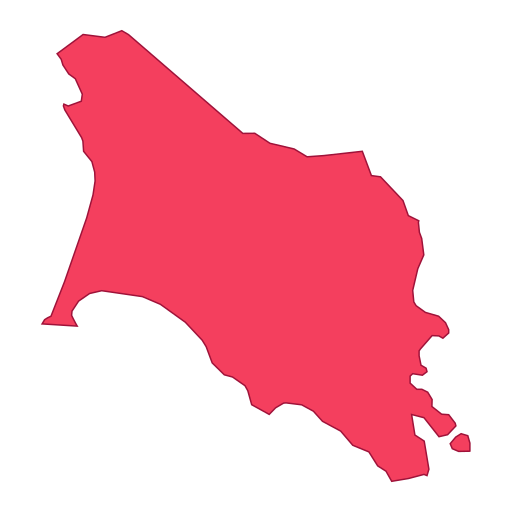 Marin, California, United States of America (Mercator projection)
{"feature_id": "52423323B48598289352775", "entity_name": "Marin", "entity_type": "district", "adm_level": 2, "iso_a3": "USA", "parent_name": "United States of America", "parent_adm1": "California", "projection": "mercator", "projection_center": [-122.671, 38.07], "detail": "fine", "context": "isolated", "style": "filled", "palette": "rose", "viewbox_px": 512, "rotation_deg": 0, "n_neighbors": 0, "source": "geoboundaries", "source_scale": "gbopen_adm2", "svg_char_len": 1625}
<svg xmlns="http://www.w3.org/2000/svg" viewBox="0 0 512 512"><path d="M57.1,53.7L61.2,59.3L62.9,65.0L68.8,74.0L75.3,78.7L82.3,94.2L81.3,101.2L68.2,106.0L63.9,104.1L63.4,105.9L64.8,109.9L81.6,137.6L82.9,141.1L83.6,151.3L91.9,161.6L94.7,172.1L95.1,181.0L93.0,195.0L86.7,217.9L64.5,281.8L51.0,316.2L47.6,317.8L44.6,319.7L42.1,323.9L77.2,326.1L75.5,323.1L73.1,318.5L71.6,315.4L72.0,311.1L78.6,301.1L89.6,293.5L101.7,290.7L142.4,296.6L160.4,304.3L185.3,322.2L202.2,340.2L206.2,346.7L212.2,362.9L224.3,374.8L232.5,377.0L245.0,385.7L247.8,390.7L251.7,404.7L269.2,414.4L275.6,407.8L283.6,403.1L286.2,402.9L301.7,404.8L313.4,411.2L322.5,421.3L340.7,431.1L352.8,445.3L368.9,451.9L377.7,465.9L386.0,471.2L391.7,481.3L408.5,478.5L424.0,474.4L427.0,475.6L428.9,469.2L424.2,441.1L414.9,435.0L411.6,414.5L424.0,417.7L439.0,436.7L447.6,434.7L455.9,425.9L455.2,423.2L448.7,414.7L441.6,414.2L431.9,406.5L432.1,399.5L427.7,392.2L421.9,389.3L416.8,389.3L410.1,383.1L410.1,376.1L412.7,373.7L422.4,375.2L427.0,371.7L426.1,368.2L421.0,365.2L419.1,355.8L419.1,350.9L420.3,349.1L432.1,335.6L438.8,335.9L442.9,338.2L448.7,333.0L448.7,329.7L445.5,322.7L438.6,316.2L425.4,312.4L416.1,305.7L413.8,301.9L412.7,290.4L417.8,268.7L423.8,254.9L421.7,238.5L419.4,232.3L418.4,222.3L418.8,220.8L408.3,215.6L403.0,200.6L380.5,176.8L371.4,175.6L362.3,151.3L323.7,155.6L307.1,156.8L294.2,149.0L270.0,143.3L254.8,133.3L242.8,133.4L128.5,34.6L121.8,30.7L105.0,37.3L83.1,34.5L57.1,53.7ZM450.2,443.7L452.3,448.7L458.6,451.4L469.7,451.2L469.9,451.1L469.9,443.1L467.8,435.7L461.1,433.7L455.7,437.1L450.2,443.7Z" fill="#f43f5e" stroke="#9f1239" stroke-width="1.5"/></svg>